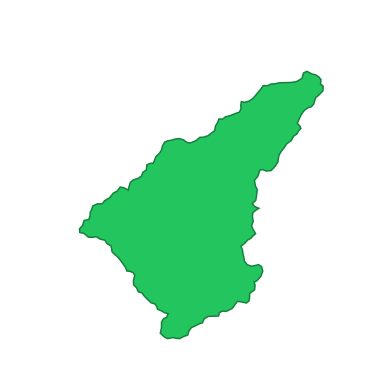 outline of Igaratá, São Paulo, Brazil, rotated 16°
{"feature_id": "56859067B80175749845974", "entity_name": "Igaratá", "entity_type": "district", "adm_level": 2, "iso_a3": "BRA", "parent_name": "Brazil", "parent_adm1": "São Paulo", "projection": "mercator", "projection_center": [-46.144, -23.122], "detail": "fine", "context": "isolated", "style": "filled", "palette": "green", "viewbox_px": 384, "rotation_deg": 16, "n_neighbors": 0, "source": "geoboundaries", "source_scale": "gbopen_adm2", "svg_char_len": 2680}
<svg xmlns="http://www.w3.org/2000/svg" viewBox="0 0 384 384"><g transform="rotate(16 192 192)"><path d="M274.7,45.5L269.2,44.3L266.4,46.8L266.4,52.5L264.4,54.6L262.2,56.9L259.6,58.3L254.9,60.1L249.3,61.8L244.9,63.4L242.1,65.1L238.4,66.3L235.3,69.0L231.1,70.1L230.0,73.6L227.9,78.2L226.4,81.8L225.1,84.7L222.3,88.5L217.8,91.3L214.5,91.6L215.0,95.3L216.2,98.5L215.5,102.2L212.2,104.5L207.7,108.0L203.6,110.4L201.3,113.5L197.7,114.4L197.5,118.0L196.4,121.9L196.9,126.7L194.7,129.7L191.8,133.5L188.0,136.1L184.5,137.3L181.5,141.7L176.9,145.3L173.5,145.8L169.5,144.2L164.9,144.1L160.8,146.0L157.9,147.9L154.5,149.5L152.0,151.6L150.9,156.2L151.2,159.6L150.0,163.9L147.6,167.8L147.2,171.9L146.9,175.1L144.1,175.8L141.1,178.4L142.0,183.3L139.4,186.6L138.9,190.9L136.3,193.8L132.3,196.5L130.1,199.6L130.0,204.3L130.1,207.7L125.3,206.7L121.6,207.0L119.6,212.1L116.6,214.8L114.4,220.3L110.5,224.3L108.9,228.1L104.4,229.4L100.4,232.8L100.4,236.4L99.7,239.4L100.6,243.1L100.4,246.8L96.1,249.2L96.1,254.3L94.0,258.3L95.2,261.8L99.7,261.6L104.9,264.0L108.8,263.0L112.4,261.4L116.7,262.6L121.6,262.4L124.4,265.0L129.2,266.3L131.7,271.6L135.2,273.5L138.4,274.9L142.3,277.6L146.1,280.6L148.6,282.5L151.2,285.9L154.3,285.4L157.6,285.7L159.9,287.9L160.1,293.0L161.4,297.4L165.1,299.3L167.8,302.7L172.1,302.9L174.3,304.9L178.1,307.1L183.2,309.8L187.1,309.8L189.6,311.7L191.3,314.3L195.0,314.6L198.7,315.6L202.6,315.5L202.3,319.4L199.5,321.7L198.6,325.6L200.1,331.0L200.4,336.4L205.0,338.8L208.8,339.7L213.8,337.2L217.6,337.0L220.6,336.3L223.7,333.3L227.3,330.7L227.4,326.3L228.8,322.5L232.6,319.3L235.4,316.6L238.1,314.9L238.7,310.6L241.6,307.3L245.4,305.9L248.8,304.9L251.8,303.8L251.5,300.5L254.0,298.1L257.9,297.3L262.8,292.8L264.6,287.8L265.8,284.6L270.5,284.0L275.0,283.7L276.9,280.9L276.3,276.9L275.4,273.7L277.2,271.3L279.1,268.9L278.4,264.4L276.6,261.4L278.9,259.4L281.4,254.3L281.9,248.6L279.4,244.5L276.0,243.5L270.0,246.9L265.2,246.7L261.6,244.2L259.7,240.2L257.9,237.2L256.7,234.1L254.0,230.6L256.7,227.0L258.7,222.9L261.3,220.3L262.7,217.6L264.6,214.5L261.1,211.2L258.5,208.0L259.0,203.4L257.0,199.4L256.1,195.2L258.7,191.5L260.8,189.2L256.2,188.7L253.2,186.4L255.6,182.4L255.1,178.1L254.0,171.6L251.3,168.7L248.8,163.6L250.9,159.0L251.1,155.7L251.2,152.1L254.1,151.0L257.6,151.4L262.1,149.6L265.0,144.0L266.3,139.5L265.8,136.0L265.5,132.4L266.6,128.4L268.3,124.4L269.7,119.7L273.2,115.3L274.4,110.2L276.9,107.2L277.5,104.1L279.2,101.1L277.4,98.7L274.3,97.1L274.9,92.5L275.8,87.0L277.5,82.6L280.5,78.7L283.1,77.3L284.7,74.0L284.8,67.5L287.8,62.9L290.0,58.5L288.9,54.1L285.8,52.8L285.0,48.4L282.0,46.3L278.6,45.3L274.7,45.5Z" fill="#22c55e" stroke="#15803d" stroke-width="1.5"/></g></svg>